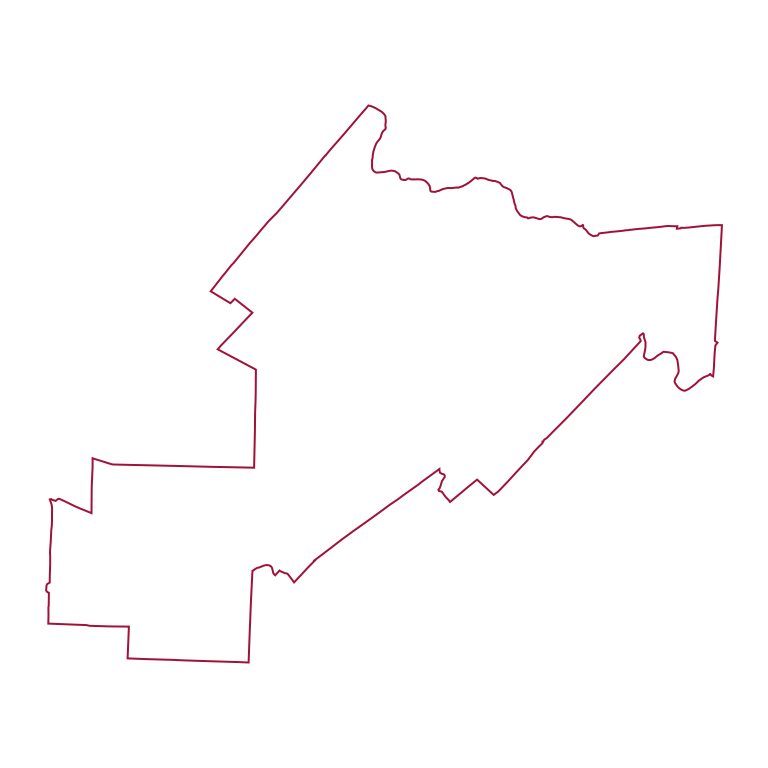 Sarulesti, Calarasi, Romania
{"feature_id": "2599482B18552862006598", "entity_name": "Sarulesti", "entity_type": "district", "adm_level": 2, "iso_a3": "ROU", "parent_name": "Romania", "parent_adm1": "Calarasi", "projection": "equal_earth", "projection_center": [26.648, 44.417], "detail": "fine", "context": "isolated", "style": "outline", "palette": "rose", "viewbox_px": 768, "rotation_deg": 0, "n_neighbors": 0, "source": "geoboundaries", "source_scale": "gbopen_adm2", "svg_char_len": 6083}
<svg xmlns="http://www.w3.org/2000/svg" viewBox="0 0 768 768"><path d="M294.1,582.4L305.5,570.2L307.1,568.4L314.9,560.5L314.5,560.3L323.8,553.3L342.3,539.1L352.3,531.8L370.6,518.8L378.9,512.8L390.6,504.2L398.2,499.1L403.9,494.8L418.9,484.2L421.7,481.9L439.4,469.0L439.5,470.8L440.1,472.8L442.1,473.9L443.8,474.3L444.5,475.0L444.8,476.0L444.7,477.0L441.9,481.2L440.7,485.4L439.6,488.3L438.4,489.6L438.9,490.9L441.8,491.7L445.6,496.9L449.2,500.7L449.7,501.7L450.0,502.0L460.2,493.5L460.3,493.5L463.7,490.6L467.6,487.3L477.1,479.6L493.7,494.9L497.7,491.9L497.9,491.9L507.7,481.7L517.0,471.5L527.9,459.9L532.3,454.1L534.2,451.5L539.1,446.4L540.7,444.9L542.4,443.2L542.5,441.6L543.2,441.7L544.0,440.0L544.5,439.5L546.7,438.1L554.8,429.9L563.4,421.3L565.4,419.3L580.8,403.3L594.6,388.8L614.5,368.6L623.9,359.3L640.7,341.1L640.4,339.8L639.2,337.5L639.7,335.7L643.0,333.4L643.7,334.0L643.9,337.2L645.5,341.9L645.5,346.5L645.2,349.3L644.7,351.7L643.8,356.1L644.3,357.5L646.2,359.0L648.0,360.0L649.7,360.0L651.0,359.9L651.5,359.7L652.7,359.2L654.9,357.9L656.2,356.7L657.2,355.9L658.8,354.8L660.9,353.6L662.5,352.4L663.5,351.8L667.7,352.2L671.3,352.8L672.9,353.2L673.7,354.3L674.6,355.2L675.9,356.9L677.3,359.8L678.1,365.0L678.7,370.5L678.4,372.8L677.2,375.2L675.1,378.9L674.5,381.5L675.1,383.1L677.8,387.0L679.6,388.5L681.4,389.7L683.3,390.5L684.1,390.7L685.2,390.7L688.5,389.1L690.8,387.5L695.3,384.1L697.4,382.1L698.5,380.9L701.1,379.0L703.9,377.2L709.0,375.1L709.9,374.1L710.3,374.0L711.4,375.5L713.1,376.4L713.5,372.0L713.9,367.9L714.0,365.5L714.5,355.5L715.0,349.2L715.4,345.4L717.5,342.7L714.9,340.8L715.8,325.3L716.8,309.2L717.6,297.0L718.3,289.0L719.0,278.0L719.8,265.2L721.7,229.9L721.9,225.1L720.2,225.1L715.1,225.2L710.1,225.5L706.5,225.7L704.0,225.9L687.9,227.6L684.9,227.8L682.4,227.8L681.2,227.7L680.8,228.3L676.9,228.7L677.3,226.2L675.0,226.3L673.9,226.1L673.2,226.2L667.6,226.0L665.7,226.2L657.1,227.2L652.8,227.6L649.7,227.9L645.3,228.4L638.7,228.9L636.4,229.2L635.2,229.2L632.5,229.6L629.5,229.9L627.6,230.2L625.5,230.3L624.0,230.6L620.7,231.0L616.7,231.4L610.0,232.0L608.6,232.3L602.2,233.0L599.3,233.4L599.0,233.6L598.7,234.1L598.0,235.2L597.7,235.6L595.9,235.7L594.2,236.1L593.4,236.1L592.8,235.9L591.5,235.3L590.5,234.7L589.4,234.0L588.6,233.3L587.3,231.8L586.6,230.7L585.6,229.6L584.6,228.8L584.0,228.5L583.8,228.2L583.5,227.9L583.3,227.3L583.2,225.9L583.1,225.4L583.1,225.2L582.8,225.0L582.4,225.2L581.7,225.8L581.1,226.2L580.7,226.3L579.6,226.3L578.4,225.8L577.0,224.8L572.1,220.5L571.4,219.9L570.3,219.4L568.2,218.8L565.7,218.5L563.4,218.0L560.9,217.3L554.4,216.8L553.3,217.1L551.8,217.2L550.1,217.0L547.5,216.2L547.0,216.1L546.4,216.2L543.5,217.3L541.9,218.6L540.7,219.0L540.1,219.2L539.4,219.1L535.3,217.8L533.9,217.4L532.9,217.4L532.0,217.4L531.5,217.5L531.1,217.6L530.1,217.7L529.3,217.9L528.5,218.3L527.9,218.3L526.9,217.4L525.3,217.3L522.9,216.6L521.4,215.9L520.0,214.9L519.0,213.5L517.5,211.6L516.6,210.0L516.0,208.8L515.6,207.7L515.6,206.1L514.9,204.4L514.4,202.9L514.2,201.9L513.9,200.9L513.8,199.9L513.4,198.6L512.7,196.0L512.3,194.4L511.8,192.4L511.4,191.4L510.4,190.0L506.5,188.0L503.6,187.0L502.0,185.7L501.7,185.2L501.0,184.5L500.8,184.2L500.5,183.7L500.2,183.2L499.9,182.9L497.9,182.0L494.8,180.9L492.8,181.0L492.2,180.6L491.5,180.6L487.9,179.7L486.2,178.8L483.8,178.3L480.2,178.0L478.6,178.5L477.4,178.7L476.9,178.1L475.4,177.6L474.4,178.1L471.9,180.3L469.3,182.3L469.1,182.4L468.3,183.1L468.0,183.1L467.5,183.6L466.5,184.0L466.0,184.5L464.0,185.4L462.9,186.1L458.9,187.4L458.3,187.7L457.7,187.7L457.3,187.5L456.6,187.5L453.8,187.8L452.5,188.1L447.7,188.0L443.0,189.0L438.4,191.0L437.0,191.2L436.4,191.4L435.6,191.9L432.3,191.7L431.1,191.5L430.5,191.0L430.3,190.0L430.1,189.0L430.2,188.1L429.5,185.7L428.9,185.0L428.5,184.2L427.4,182.9L426.0,181.6L424.9,180.8L423.7,180.2L421.9,179.6L419.9,179.4L418.8,179.3L415.0,179.4L413.8,179.4L412.6,179.4L411.2,179.4L410.6,179.3L409.4,178.6L408.0,178.5L405.6,180.0L404.3,180.0L402.2,179.7L401.1,179.2L400.4,178.4L399.4,174.7L398.7,173.8L395.4,171.4L393.1,170.8L390.9,170.6L384.3,172.0L380.5,172.3L377.1,172.6L375.5,172.3L374.0,171.3L373.0,170.3L372.5,169.2L372.1,167.9L372.0,165.5L372.1,162.0L372.0,160.2L372.5,158.3L372.7,156.7L372.7,155.8L373.4,151.6L374.9,146.8L376.2,143.6L377.1,142.2L380.0,138.6L380.6,137.4L381.9,133.1L383.3,130.9L384.3,130.2L385.4,129.1L385.8,127.7L385.5,126.8L385.4,124.9L385.8,121.2L385.4,116.2L385.1,115.6L384.1,114.1L381.7,111.8L374.8,107.7L371.2,106.2L368.5,105.5L357.6,118.1L343.8,134.3L331.0,148.9L326.3,154.5L325.6,155.5L325.3,155.4L309.6,174.5L298.9,187.2L294.4,192.4L283.6,205.1L276.5,213.3L272.2,217.5L268.1,221.7L265.2,225.2L262.5,228.3L259.8,231.5L258.0,233.7L255.5,236.7L253.2,239.3L250.1,242.7L233.7,262.9L231.2,265.4L224.9,273.4L222.2,276.5L220.9,278.3L210.7,291.3L230.4,303.2L234.8,298.8L252.4,312.7L247.0,318.3L232.5,333.6L221.3,345.2L219.4,347.3L217.7,349.3L255.9,369.6L255.7,394.2L255.5,402.2L255.1,412.7L255.0,421.1L254.9,431.5L254.1,467.7L230.3,467.2L214.2,466.9L174.5,465.9L113.0,464.5L111.4,464.2L92.6,458.3L92.6,466.6L91.7,487.2L91.5,513.1L80.1,508.5L74.6,506.1L64.6,501.2L60.6,499.4L59.3,498.8L58.1,498.9L55.5,500.9L52.4,499.9L51.3,499.1L49.8,499.4L51.6,504.6L52.0,507.1L52.0,507.4L52.1,508.5L52.0,512.8L52.0,514.6L52.0,516.4L52.0,520.8L51.8,525.7L51.3,530.0L51.2,531.6L50.7,542.4L50.1,549.9L50.0,552.7L50.2,556.5L50.2,563.9L49.8,575.3L49.7,582.6L47.4,583.9L46.6,585.1L46.1,590.3L46.7,591.4L47.7,592.3L48.9,592.7L48.7,605.9L48.4,607.5L48.5,615.4L48.3,623.6L86.4,625.1L89.6,625.8L108.7,626.4L128.9,626.6L127.6,658.4L146.2,659.1L170.8,659.8L184.8,660.4L199.4,660.9L238.9,662.1L248.6,662.5L249.6,634.9L250.9,602.3L252.3,573.6L252.4,572.9L252.5,571.6L252.5,570.8L253.6,570.2L256.2,568.4L257.3,567.9L257.9,567.7L259.2,567.5L260.1,567.1L263.5,565.7L265.5,565.2L266.8,565.1L268.1,565.2L268.9,565.3L270.1,565.8L271.1,566.5L271.8,567.5L272.4,569.2L273.2,572.7L273.4,573.4L274.1,574.2L275.2,575.3L279.5,570.6L279.8,570.9L281.0,571.5L283.2,572.4L284.7,573.1L285.3,573.3L287.0,573.5L287.6,573.8L290.4,577.4L294.1,582.4Z" fill="none" stroke="#9f1239" stroke-width="2"/></svg>